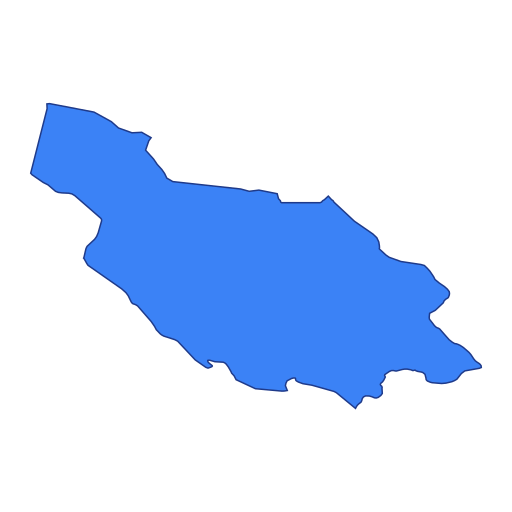 SVG path tracing the border of Dalarna
{"feature_id": "SWE-181", "entity_name": "Dalarna", "entity_type": "County", "adm_level": 1, "iso_a3": "SWE", "parent_name": "Sweden", "parent_adm1": "", "projection": "natural_earth1", "projection_center": [14.891, 61.079], "detail": "fine", "context": "isolated", "style": "filled", "palette": "blue", "viewbox_px": 512, "rotation_deg": 0, "n_neighbors": 0, "source": "natural_earth", "source_scale": "10m", "svg_char_len": 2925}
<svg xmlns="http://www.w3.org/2000/svg" viewBox="0 0 512 512"><path d="M83.6,258.1L83.9,257.6L85.9,248.9L86.6,247.2L87.3,246.1L94.6,239.3L96.6,236.5L98.2,232.8L101.6,220.8L101.5,219.3L100.6,218.1L74.9,195.7L71.9,193.9L68.7,193.2L62.0,192.9L58.3,192.4L55.5,191.3L47.9,184.8L43.3,182.5L32.1,174.8L30.7,173.2L38.9,140.9L47.1,108.7L46.9,103.9L49.5,103.6L94.0,112.1L111.4,121.7L118.5,128.0L132.0,132.8L141.7,132.3L151.1,137.7L148.8,140.8L145.6,150.2L153.6,159.1L157.2,164.4L161.9,169.6L164.6,173.5L166.8,178.1L172.8,181.6L240.7,189.0L249.2,191.3L258.9,190.1L277.2,193.7L278.5,198.7L280.4,200.8L280.7,202.1L281.6,202.7L320.0,202.7L321.5,202.1L322.7,200.7L324.4,199.7L328.3,196.1L331.6,199.7L333.0,200.6L334.0,202.2L354.5,221.3L372.9,234.0L376.8,237.7L378.8,242.0L379.4,245.8L379.5,247.7L379.3,248.6L379.5,249.1L385.9,255.0L389.2,257.3L400.9,261.5L420.9,264.5L424.4,265.5L427.2,268.2L429.9,271.2L433.6,276.7L435.0,279.5L439.2,283.0L444.6,286.7L447.4,289.2L449.2,291.6L449.5,293.4L449.3,295.0L448.4,297.3L447.9,297.9L445.9,299.1L444.2,300.7L443.2,302.9L435.3,310.3L429.6,313.3L429.2,317.3L429.4,319.1L434.5,325.7L436.0,327.1L437.2,327.8L438.4,328.2L439.1,328.6L439.7,329.0L449.1,339.7L452.3,342.2L454.7,343.6L456.3,343.8L457.8,344.3L460.2,345.4L463.5,347.6L469.0,352.4L470.9,354.6L473.6,358.7L475.3,360.8L477.0,362.1L479.0,363.4L480.1,364.3L481.1,365.7L481.3,367.5L479.3,368.3L464.8,370.9L461.4,373.5L456.9,379.2L454.5,380.6L451.9,381.7L446.0,383.1L441.7,383.5L432.1,382.7L430.2,382.2L427.4,381.0L426.4,380.0L426.0,379.0L426.0,378.0L425.7,377.1L425.0,374.3L422.8,372.5L421.2,372.0L417.7,371.4L416.0,370.8L415.0,370.1L412.9,370.6L410.9,369.8L407.2,369.1L404.6,369.1L402.2,369.5L396.5,371.0L395.7,371.0L393.2,370.5L391.3,370.6L389.3,371.5L384.8,374.6L384.6,375.6L385.0,376.3L385.3,377.0L383.7,380.2L382.5,381.9L380.7,383.4L380.3,384.4L380.7,385.4L381.8,386.3L382.1,387.3L382.1,387.9L382.0,388.4L382.3,393.4L381.8,394.2L380.8,395.5L378.2,397.4L376.2,398.0L374.4,397.8L372.1,396.8L369.3,396.0L365.6,395.9L363.5,396.9L362.3,398.5L361.7,400.8L361.0,402.2L358.5,404.1L357.4,405.2L356.5,406.5L355.5,408.4L336.9,393.1L335.9,392.4L333.9,391.4L311.9,385.2L302.9,383.7L298.3,382.0L296.4,380.9L295.8,380.2L295.6,379.5L295.5,378.9L295.5,378.4L295.0,378.0L293.5,378.0L291.5,378.5L287.1,380.8L285.9,383.3L285.4,385.7L287.3,390.5L284.5,391.0L281.9,391.1L255.4,388.7L236.1,379.7L234.1,375.8L231.6,373.1L231.0,371.6L228.3,366.9L226.2,364.1L224.8,362.9L223.2,362.2L214.8,361.7L209.6,360.2L208.7,360.2L207.8,360.4L207.7,361.1L208.2,362.2L209.3,363.3L212.2,365.6L212.3,366.1L211.8,366.7L210.1,367.4L208.0,368.1L205.8,367.3L195.2,359.9L177.7,341.2L174.9,339.7L163.8,336.1L161.6,334.9L160.2,333.8L156.2,329.6L156.1,329.3L154.5,326.3L151.1,321.4L137.6,305.9L136.0,304.9L134.7,304.3L133.0,303.8L132.0,303.0L131.2,301.9L128.2,295.7L125.9,292.6L121.6,288.8L88.0,265.3L86.8,263.5L84.0,258.5L83.6,258.1Z" fill="#3b82f6" stroke="#1e3a8a" stroke-width="1.5"/></svg>